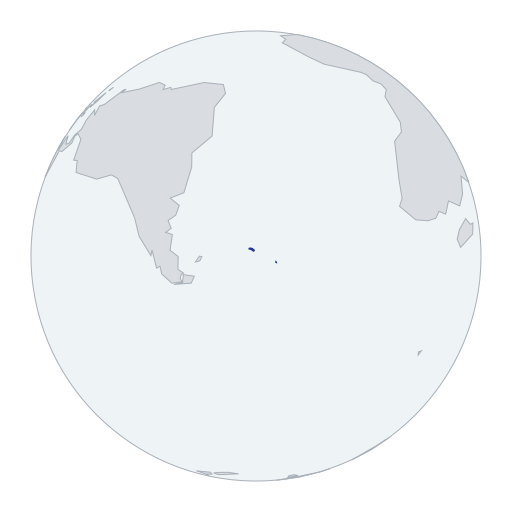 the Earth from above South Georgia and the Islands, rotated 349°
{"feature_id": "SGS", "entity_name": "South Georgia and the Islands", "entity_type": "country or territory", "adm_level": 0, "iso_a3": "SGS", "parent_name": "Seven seas (open ocean)", "parent_adm1": "", "projection": "orthographic", "projection_center": [-35.407, -56.238], "detail": "fine", "context": "on_globe", "style": "filled", "palette": "blue", "viewbox_px": 512, "rotation_deg": 349, "n_neighbors": 0, "source": "natural_earth", "source_scale": "50m", "svg_char_len": 3367}
<svg xmlns="http://www.w3.org/2000/svg" viewBox="0 0 512 512"><g transform="rotate(349 256 256)"><circle cx="256" cy="256" r="225" fill="#eef3f6" stroke="#a8b0b8"/><path d="M112.0,82.7L111.9,82.8L112.0,82.7ZM72.7,125.0L79.3,116.4L84.0,110.5L91.7,101.9L81.8,114.6L94.5,102.1L90.7,109.9L93.8,109.8L101.2,102.6L108.6,98.4L115.4,90.1L125.6,81.7L124.3,87.2L131.2,78.8L136.1,78.3L157.3,68.0L155.3,70.0L173.0,69.9L194.4,67.2L199.4,71.0L196.6,74.9L204.5,74.2L204.7,76.4L238.1,75.8L256.7,81.5L257.1,90.6L243.5,102.1L235.8,129.9L212.7,142.6L209.9,156.3L197.3,180.1L182.9,182.8L190.3,191.7L185.0,200.6L176.5,204.4L178.0,212.7L171.8,215.6L178.0,218.9L172.7,234.0L179.5,241.6L176.8,254.3L181.6,258.9L178.8,260.1L177.2,263.8L178.6,267.2L168.2,266.6L160.0,255.6L159.8,247.7L156.1,248.9L155.1,230.4L152.9,235.6L145.0,214.3L144.1,195.3L135.1,153.5L129.5,148.8L114.2,150.1L95.3,139.7L98.7,128.1L95.3,127.1L106.4,108.1L104.6,101.9L101.0,103.8L96.7,110.0L85.4,116.4L83.0,115.2L63.9,138.4L72.7,125.0ZM108.9,85.5L123.7,75.6L113.3,83.3L115.6,81.2L112.3,83.2L105.5,88.6L96.9,96.6L108.9,85.5ZM187.2,270.3L169.9,268.2L178.9,268.1L181.1,260.4L191.6,264.1L187.2,270.3ZM195.4,250.3L200.4,245.3L202.7,246.3L199.9,250.1L195.4,250.3ZM479.0,224.4L479.1,224.5L472.5,216.7L470.6,234.5L465.5,245.7L455.4,238.7L450.2,251.1L444.1,247.1L439.7,253.2L431.4,254.2L419.8,251.0L406.4,234.7L410.4,227.2L411.0,207.2L414.0,169.7L422.4,162.0L423.2,152.3L413.0,124.2L415.6,117.5L411.7,111.1L404.3,106.4L399.1,99.2L394.2,95.8L359.5,80.7L345.9,70.8L322.5,51.7L326.6,49.0L322.1,44.5L338.6,46.4L353.1,52.7L367.2,60.1L380.6,68.3L393.5,77.6L405.7,87.7L417.2,98.6L427.8,110.3L437.6,122.7L446.6,135.8L454.5,149.5L461.5,163.7L467.5,178.4L472.4,193.4L476.3,208.8L479.0,224.4ZM344.8,49.1L345.8,49.7L344.8,49.1ZM158.0,67.6L160.4,67.6L156.9,69.1L158.0,67.6ZM110.8,86.0L114.4,83.4L115.9,82.6L113.0,84.9L110.8,86.0ZM143.8,65.1L148.4,63.1L143.1,66.0L143.8,65.1ZM126.2,74.2L140.0,67.0L129.8,73.7L121.3,78.5L127.8,74.1L126.2,74.2ZM116.3,79.4L118.3,77.9L117.0,79.0L116.3,79.4ZM400.3,380.6L396.3,384.2L397.1,381.2L400.3,380.6ZM472.8,275.9L458.5,286.6L456.7,277.8L460.7,268.9L468.9,259.3L472.4,265.8L475.3,264.9L472.8,275.9ZM177.4,463.5L172.9,460.8L178.5,461.4L187.2,463.0L197.4,466.5L177.4,463.5ZM251.9,478.0L255.5,479.6L245.0,479.3L246.5,478.0L251.9,478.0ZM171.1,461.7L166.2,460.8L167.6,462.7L164.3,459.9L156.5,455.5L170.2,459.6L171.1,461.7ZM310.9,474.5L338.5,465.0L347.9,461.1L347.8,461.6L352.4,459.6L332.0,468.1L310.9,474.5ZM233.2,480.1L239.1,480.2L250.7,480.3L254.6,480.7L259.0,480.4L268.2,480.3L276.7,480.3L280.8,479.8L279.0,480.1L256.1,481.3L233.2,480.1ZM280.1,480.0L283.6,479.5L287.9,479.0L280.1,480.0Z" fill="#d9dde1" stroke="#a8b0b8" stroke-width="1"/><path d="M252.1,247.5L252.3,247.7L252.5,247.6L252.8,247.6L253.0,247.7L253.2,248.0L253.2,248.3L253.4,248.2L253.6,248.4L253.8,248.3L253.9,248.2L254.0,248.3L254.1,248.6L254.4,249.0L254.5,249.4L254.9,249.4L254.8,249.7L254.9,250.0L255.1,250.2L255.0,250.3L254.8,250.5L254.5,250.6L254.4,250.6L254.1,250.3L253.9,249.9L253.6,249.5L253.6,249.3L253.5,249.2L253.2,249.2L252.8,248.8L252.7,248.7L252.3,248.6L252.2,248.5L252.0,248.3L251.2,247.9L250.9,247.9L250.7,247.8L250.7,247.6L250.9,247.4L250.2,247.4L251.1,247.3L251.4,247.2L251.5,247.3L251.8,247.5L252.1,247.5ZM274.7,265.9L274.7,266.1L274.4,265.9L274.5,265.6L274.7,265.9Z" fill="#3b82f6" stroke="#1e3a8a" stroke-width="1.5"/></g></svg>